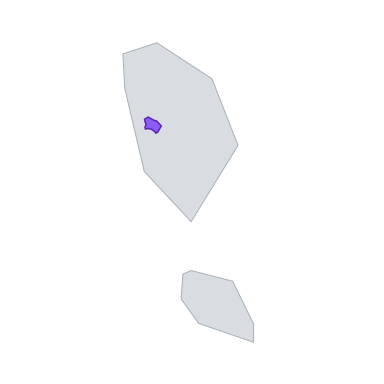 location of San Ġwann within Malta, rotated 212°
{"feature_id": "MLT-5937", "entity_name": "San Ġwann", "entity_type": "state/province", "adm_level": 1, "iso_a3": "MLT", "parent_name": "Malta", "parent_adm1": "", "projection": "mercator", "projection_center": [14.476, 35.906], "detail": "fine", "context": "in_parent", "style": "filled", "palette": "violet", "viewbox_px": 384, "rotation_deg": 212, "n_neighbors": 0, "source": "natural_earth", "source_scale": "10m", "svg_char_len": 601}
<svg xmlns="http://www.w3.org/2000/svg" viewBox="0 0 384 384"><g transform="rotate(212 192 192)"><path d="M323.8,272.5L300.9,299.9L235.1,298.6L177.7,256.0L177.0,166.4L243.3,184.1L303.9,244.2L323.8,272.5ZM151.1,124.9L110.2,137.9L69.6,112.5L60.2,97.1L116.8,84.1L144.5,95.5L156.2,117.6L151.1,124.9Z" fill="#d9dde1" stroke="#a8b0b8" stroke-width="1"/><path d="M264.9,220.7L266.3,222.2L266.7,225.0L268.7,226.4L270.8,228.6L268.9,232.3L262.1,232.7L259.6,233.5L253.0,231.7L252.8,224.7L253.8,222.7L255.6,223.4L259.6,223.7L263.1,222.4L264.9,220.7Z" fill="#8b5cf6" stroke="#5b21b6" stroke-width="1.5"/></g></svg>